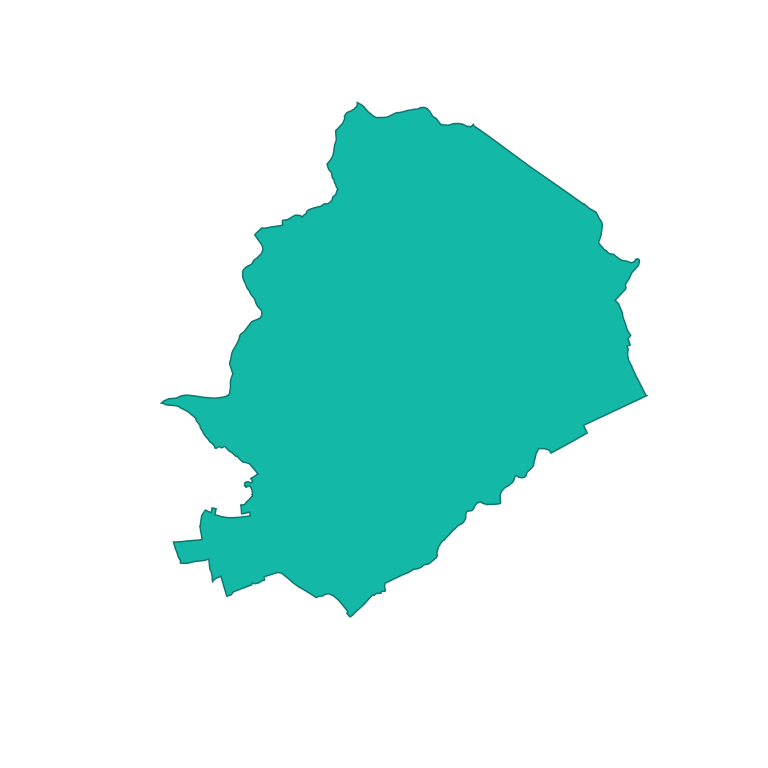 Niculitel, Tulcea, Romania, rotated 131°
{"feature_id": "2599482B9005867250176", "entity_name": "Niculitel", "entity_type": "district", "adm_level": 2, "iso_a3": "ROU", "parent_name": "Romania", "parent_adm1": "Tulcea", "projection": "orthographic", "projection_center": [28.494, 45.189], "detail": "fine", "context": "isolated", "style": "filled", "palette": "teal", "viewbox_px": 768, "rotation_deg": 131, "n_neighbors": 0, "source": "geoboundaries", "source_scale": "gbopen_adm2", "svg_char_len": 6171}
<svg xmlns="http://www.w3.org/2000/svg" viewBox="0 0 768 768"><g transform="rotate(131 384 384)"><path d="M579.6,256.1L574.0,255.8L566.8,254.9L562.4,254.5L551.8,254.4L550.7,254.1L549.8,252.8L546.8,252.3L545.3,250.3L543.9,249.2L543.4,249.2L542.4,249.7L542.0,249.6L541.4,249.2L540.0,247.4L539.8,247.7L538.9,247.5L537.3,249.7L536.1,250.9L533.8,252.5L515.2,244.5L510.3,241.9L504.4,240.1L502.0,237.9L500.8,237.1L497.8,235.6L494.5,235.2L493.6,234.8L490.3,232.1L480.7,230.6L479.0,231.0L477.9,231.8L477.0,233.2L471.2,236.0L465.1,236.9L463.8,236.8L461.8,236.1L459.4,236.3L453.9,235.9L449.0,235.9L447.3,235.5L442.9,235.3L436.9,233.3L435.9,233.3L432.2,234.1L431.1,234.7L429.2,236.4L427.0,237.7L425.3,237.5L422.1,234.8L421.4,234.5L418.3,234.8L415.6,235.7L412.6,235.5L410.7,234.7L409.8,233.6L409.3,232.7L409.3,231.3L407.1,226.7L406.9,226.8L402.6,222.0L399.2,218.8L397.9,217.9L396.8,218.3L394.6,220.8L392.2,222.9L390.4,224.0L387.5,224.9L383.3,224.8L381.8,224.4L379.4,223.4L373.9,222.4L371.4,222.9L368.1,224.3L366.2,223.9L365.9,222.8L366.1,221.2L364.2,218.3L362.4,217.0L360.5,216.5L356.9,218.1L350.1,217.4L347.4,217.7L343.4,220.2L342.0,220.7L336.8,223.5L331.2,224.9L327.7,220.7L326.7,218.9L326.0,217.1L325.7,215.4L326.5,212.6L304.7,204.5L287.6,198.5L284.3,206.3L220.3,178.0L220.6,179.2L214.1,195.0L213.0,198.1L210.1,204.7L208.8,207.5L207.9,208.9L207.6,210.1L205.4,215.2L202.1,219.5L197.3,222.8L196.3,225.4L193.0,223.8L189.8,229.6L185.5,229.7L184.3,233.8L183.1,236.9L181.8,238.6L176.7,247.6L176.0,248.6L174.8,249.6L172.8,253.1L169.6,259.6L169.1,264.5L154.1,263.9L153.0,264.3L152.1,265.0L150.7,267.1L150.3,267.2L142.6,268.3L137.8,270.0L128.0,269.7L126.5,270.2L123.3,272.1L122.9,272.7L122.8,273.2L123.0,274.2L123.5,275.1L124.2,275.6L125.0,275.7L127.7,275.3L130.5,277.1L132.0,281.4L133.9,284.2L134.5,285.6L135.1,287.8L135.4,290.5L135.5,295.8L135.7,296.4L136.8,297.5L137.8,299.6L137.9,300.6L137.6,303.6L138.0,306.6L137.5,309.0L137.4,311.4L136.6,314.5L135.6,315.3L131.1,317.0L128.0,318.6L121.1,323.2L120.3,324.1L118.8,326.3L117.9,330.0L115.3,336.5L115.4,337.7L116.8,344.2L116.8,351.4L117.4,351.3L119.7,375.2L124.2,416.5L128.6,471.0L130.3,486.6L128.8,487.0L133.2,487.0L133.4,488.5L134.7,489.5L136.4,495.1L136.5,494.9L138.4,498.6L142.0,502.4L145.2,504.3L146.9,505.7L150.3,510.2L150.8,511.4L150.7,512.2L150.9,512.2L149.7,517.0L149.4,519.5L150.0,521.6L150.0,523.2L149.0,525.8L148.1,529.5L147.9,531.8L148.6,534.7L151.3,537.7L154.5,539.0L157.2,541.9L158.4,542.4L162.0,545.7L164.0,546.8L168.1,549.7L171.7,552.9L180.8,556.8L181.5,557.7L183.7,559.8L186.3,562.8L187.5,563.8L188.1,564.9L188.8,568.1L188.9,575.1L187.9,581.1L188.0,582.4L188.0,584.1L189.1,588.8L191.4,587.0L193.0,586.6L194.5,587.0L196.5,586.9L197.8,587.6L199.5,587.9L201.2,589.0L203.7,590.0L207.8,589.6L209.5,587.7L214.7,586.2L221.4,586.4L224.5,586.7L231.2,580.0L236.6,577.8L238.5,576.4L244.7,572.6L247.4,571.8L249.5,571.6L250.7,571.3L255.5,571.2L257.6,567.9L258.2,566.5L258.7,564.7L258.5,563.7L258.6,563.2L259.6,561.6L262.3,558.2L262.7,555.9L264.6,553.2L265.0,551.8L266.1,550.1L267.4,546.4L268.3,546.6L272.4,544.8L276.6,545.3L278.9,544.0L280.0,543.9L281.8,543.9L284.6,544.5L285.3,545.0L286.9,547.0L288.7,547.7L291.2,548.2L297.1,552.4L301.5,554.9L303.6,555.6L306.4,554.6L309.5,555.3L311.8,555.3L311.7,557.5L313.3,559.9L315.1,561.9L323.2,564.6L327.0,567.9L327.6,567.7L330.8,564.7L339.2,571.9L343.5,575.2L345.2,576.8L346.5,578.7L355.8,579.5L356.3,579.3L356.4,578.9L359.0,568.0L360.7,564.8L362.4,563.3L365.8,562.1L371.8,562.5L376.1,563.4L380.3,562.5L386.2,564.8L389.7,565.0L390.6,564.9L392.4,564.0L395.5,561.3L396.6,559.8L398.1,557.2L399.1,554.7L401.4,550.4L402.0,547.0L403.6,543.5L404.2,540.6L404.5,538.1L407.6,532.5L408.5,529.2L408.7,526.0L409.0,524.9L409.5,524.0L411.1,522.2L413.2,521.1L415.9,520.8L423.2,524.5L425.2,524.7L436.3,523.9L440.7,524.9L441.9,524.6L444.8,523.1L449.3,521.6L457.9,520.0L460.9,518.9L465.0,516.4L466.8,515.4L467.8,515.2L469.5,514.1L470.1,513.7L475.4,504.9L475.8,504.6L480.2,503.0L483.6,501.0L486.8,498.0L492.9,494.1L495.1,494.3L498.7,496.1L504.9,501.6L509.5,507.2L510.4,508.7L512.3,511.2L516.7,518.3L520.2,523.4L522.1,525.8L523.9,527.6L526.8,529.7L530.9,531.4L536.4,536.8L541.4,539.1L544.5,539.4L543.4,537.7L542.7,535.2L542.1,533.9L537.4,527.5L535.9,524.9L535.7,524.4L535.6,522.4L533.8,515.2L533.5,513.2L533.3,503.7L534.4,502.3L534.9,500.9L535.9,496.0L537.6,493.8L538.4,490.7L540.2,486.6L540.9,481.4L541.8,477.6L541.7,473.2L542.3,471.0L543.2,469.3L541.9,468.1L540.3,467.8L539.4,467.3L538.9,465.2L538.4,464.5L535.6,463.4L535.6,462.3L536.1,457.5L536.1,456.3L535.8,455.4L535.6,453.5L535.7,448.4L534.8,447.1L535.2,445.6L535.6,439.5L535.3,438.9L534.8,438.5L533.4,435.5L532.7,433.9L532.5,432.3L533.3,427.9L533.7,424.7L534.6,420.0L535.4,420.5L539.8,421.4L542.5,422.6L542.6,422.3L543.1,421.7L543.1,420.6L543.6,419.9L543.5,419.6L543.6,419.2L545.5,419.3L546.2,419.8L546.4,420.3L546.7,422.2L548.6,423.8L550.1,424.2L550.4,423.5L550.9,423.0L552.2,422.8L552.2,422.6L551.8,421.9L552.5,420.9L552.1,420.0L550.7,420.1L548.8,418.1L550.4,414.4L552.7,411.5L553.2,411.2L554.0,411.2L553.9,410.4L554.2,410.0L555.1,409.7L555.8,410.0L559.4,409.9L563.3,410.4L564.5,410.1L566.6,410.3L568.7,412.0L569.0,412.7L568.9,413.1L571.0,410.7L575.4,406.3L575.0,405.8L568.9,401.3L571.3,398.4L579.5,405.7L585.2,411.6L588.3,415.5L590.9,420.0L593.6,425.8L588.3,428.9L590.3,432.4L594.6,430.0L596.3,436.1L602.1,435.4L603.8,434.7L609.5,431.1L611.7,429.3L612.1,429.7L620.6,419.3L622.1,420.3L631.8,429.8L636.0,433.5L641.4,439.2L645.2,433.3L646.5,430.5L649.3,426.1L650.4,423.4L650.3,422.5L652.7,420.0L648.6,415.0L641.5,409.9L634.7,403.5L631.1,401.5L631.8,400.5L636.6,395.5L638.4,393.2L639.0,391.5L640.1,389.8L642.6,386.7L643.3,386.4L645.5,383.8L643.3,383.8L640.5,383.1L636.1,381.0L647.3,363.4L643.4,361.1L639.6,361.3L622.3,352.1L620.8,352.8L619.1,350.1L616.1,348.0L612.8,347.1L610.3,345.5L608.1,348.0L596.9,341.2L595.4,339.8L594.0,337.3L593.6,329.7L593.7,321.4L593.2,317.2L593.3,316.3L591.6,308.3L589.6,295.1L586.1,293.3L584.4,291.3L581.7,290.6L578.8,288.5L578.2,287.4L577.9,285.9L577.1,284.1L576.9,278.2L577.1,275.3L578.7,265.9L579.4,262.5L579.7,261.9L581.2,261.7L581.5,261.4L582.1,256.9L579.6,256.1Z" fill="#14b8a6" stroke="#0f766e" stroke-width="1.5"/></g></svg>